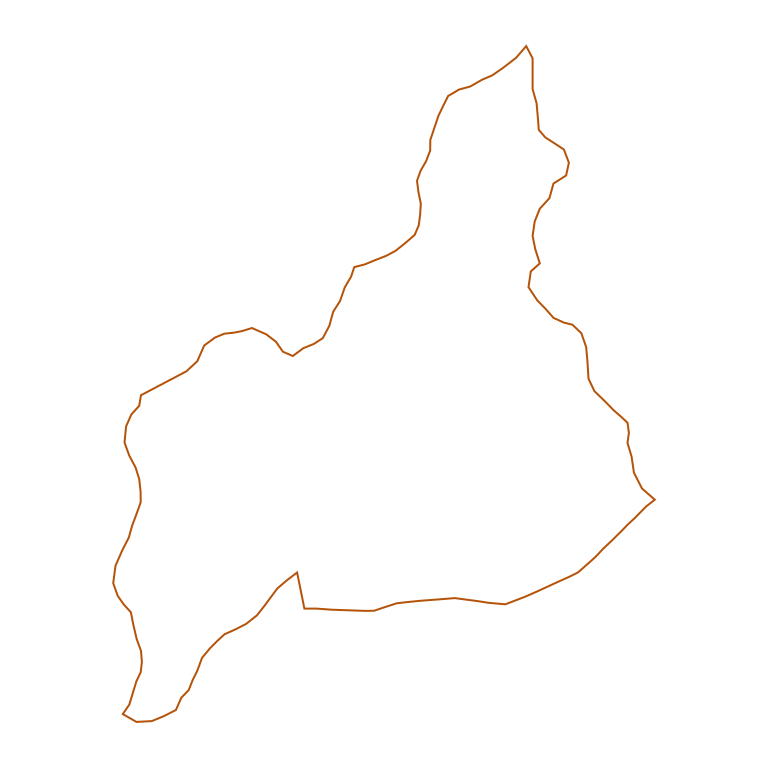 Oliveira de Fátima, Tocantins, Brazil
{"feature_id": "56859067B48116477141254", "entity_name": "Oliveira de Fátima", "entity_type": "district", "adm_level": 2, "iso_a3": "BRA", "parent_name": "Brazil", "parent_adm1": "Tocantins", "projection": "natural_earth1", "projection_center": [-48.878, -10.662], "detail": "fine", "context": "isolated", "style": "outline", "palette": "amber", "viewbox_px": 768, "rotation_deg": 0, "n_neighbors": 0, "source": "geoboundaries", "source_scale": "gbopen_adm2", "svg_char_len": 2096}
<svg xmlns="http://www.w3.org/2000/svg" viewBox="0 0 768 768"><path d="M122.8,714.1L136.4,721.9L151.8,721.1L163.9,716.1L175.9,710.0L181.4,697.6L188.7,690.1L192.7,680.0L197.4,670.5L202.0,657.9L209.8,648.5L216.8,641.4L224.6,634.2L235.6,629.3L246.1,623.9L256.9,615.4L264.7,605.5L271.4,596.4L277.4,588.4L286.5,580.6L297.1,572.5L304.4,608.6L316.4,608.6L331.6,609.7L348.8,610.3L366.0,610.9L374.3,610.7L383.4,607.6L396.7,603.3L406.1,602.2L420.2,600.8L442.4,599.1L454.8,598.1L467.5,599.8L478.3,601.2L488.4,602.8L505.3,604.3L524.2,597.1L537.9,591.1L553.5,583.9L569.2,576.8L577.9,572.5L588.5,563.2L595.8,556.6L603.1,548.8L612.1,540.3L621.7,530.8L627.9,524.4L634.8,518.0L646.1,506.5L654.8,499.7L642.0,488.5L633.9,472.6L631.6,456.7L627.5,442.9L628.9,432.8L627.5,422.7L620.6,416.3L613.9,410.5L605.2,401.6L594.4,391.1L588.5,378.7L587.5,362.4L586.2,347.2L581.3,333.1L572.4,324.7L563.9,322.6L553.5,317.9L545.7,309.0L537.2,300.3L528.5,287.1L530.8,271.4L539.8,263.4L535.2,248.9L532.6,235.9L534.7,221.5L539.8,208.7L549.4,198.2L553.5,183.5L566.1,175.5L568.9,162.7L563.9,149.5L552.4,142.0L545.2,137.3L538.8,129.9L537.9,118.1L536.6,103.4L532.6,89.0L532.6,74.1L532.6,58.3L526.2,46.1L516.1,57.8L503.5,67.5L492.2,75.4L482.1,79.7L470.2,86.5L458.9,89.6L448.1,96.0L443.4,105.5L438.5,115.6L434.4,127.8L430.3,140.0L430.2,150.5L426.1,161.2L420.6,170.7L417.0,180.8L418.5,192.4L420.8,203.5L420.2,214.1L418.8,225.2L414.7,234.9L405.7,242.7L395.6,250.8L386.0,255.9L375.2,260.1L364.8,264.4L354.3,267.1L351.1,276.6L344.8,287.3L340.1,300.9L333.2,311.7L329.3,325.9L322.8,338.1L313.9,343.9L303.3,348.2L292.8,356.0L282.9,351.7L276.0,341.8L266.4,334.4L251.9,328.0L242.0,331.1L233.7,332.7L224.3,333.7L215.1,337.5L204.2,345.5L197.3,361.2L186.4,371.3L141.0,395.2L139.2,405.8L131.4,414.4L126.1,426.4L124.5,442.5L129.3,455.7L135.5,467.3L139.2,479.0L140.6,491.6L140.7,502.3L136.9,512.9L132.0,526.1L128.8,537.6L122.4,550.0L115.5,565.7L113.2,583.2L117.8,596.0L123.8,604.5L130.9,612.3L133.2,624.1L136.6,638.8L141.0,650.9L141.9,662.1L140.7,672.2L136.4,681.3L132.5,694.1L129.3,704.6L122.8,714.1Z" fill="none" stroke="#b45309" stroke-width="2"/></svg>